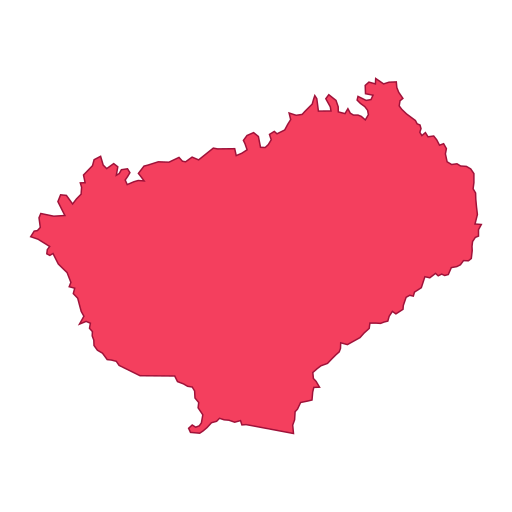 São Martinho da Serra, Rio Grande do Sul, Brazil
{"feature_id": "56859067B1890205417469", "entity_name": "São Martinho da Serra", "entity_type": "district", "adm_level": 2, "iso_a3": "BRA", "parent_name": "Brazil", "parent_adm1": "Rio Grande do Sul", "projection": "natural_earth1", "projection_center": [-53.88, -29.477], "detail": "fine", "context": "isolated", "style": "filled", "palette": "rose", "viewbox_px": 512, "rotation_deg": 0, "n_neighbors": 0, "source": "geoboundaries", "source_scale": "gbopen_adm2", "svg_char_len": 3294}
<svg xmlns="http://www.w3.org/2000/svg" viewBox="0 0 512 512"><path d="M478.5,236.1L478.5,229.7L481.3,224.5L475.0,224.0L477.4,214.5L476.5,206.9L475.8,199.4L475.6,193.0L473.1,188.8L473.9,182.7L473.9,173.6L470.7,168.9L466.4,166.4L460.6,166.0L457.0,163.8L451.6,164.5L447.1,161.8L445.4,153.9L446.4,148.6L443.6,143.7L439.5,145.2L436.7,139.8L433.7,136.0L428.0,136.8L425.4,132.6L421.9,135.6L419.8,132.3L421.0,128.6L420.0,125.0L417.1,123.8L415.4,120.5L406.5,113.9L401.7,109.3L399.2,105.9L400.0,100.8L402.9,98.4L398.7,92.3L396.8,87.5L396.3,81.9L389.0,82.2L383.6,83.9L375.7,78.5L375.4,83.9L368.9,82.1L365.2,85.4L365.5,93.7L373.0,95.2L371.0,99.6L366.1,100.4L358.0,96.4L357.1,100.1L360.4,103.4L364.8,106.6L367.6,110.3L368.4,114.7L365.3,119.9L361.3,116.4L358.1,115.1L353.5,115.1L350.3,113.2L347.9,108.7L345.0,113.6L338.3,111.9L338.2,106.8L336.0,100.4L328.8,94.7L325.8,98.7L330.3,106.8L331.0,111.0L327.2,111.0L318.4,111.1L316.8,98.7L314.8,95.6L313.6,99.2L312.2,104.1L304.8,111.5L302.2,114.4L296.2,115.3L289.1,113.0L290.7,119.6L287.8,124.2L284.7,130.0L277.0,133.8L274.3,131.4L269.5,134.4L271.2,139.8L268.3,144.6L265.2,147.5L260.5,147.3L258.4,136.5L253.6,132.6L247.0,135.5L243.4,140.4L245.0,143.7L247.1,149.8L241.7,153.3L236.2,155.6L234.7,148.7L217.6,148.9L213.3,148.1L198.6,159.9L192.1,157.1L185.6,161.8L182.4,161.2L179.0,157.4L168.9,162.2L158.3,161.8L147.9,165.1L144.0,166.1L138.4,173.4L140.7,176.3L144.1,180.9L138.2,180.5L134.0,181.7L127.2,184.6L125.2,180.0L127.5,176.7L129.9,172.7L127.5,168.8L121.4,169.7L119.2,173.6L116.3,175.3L117.8,166.8L113.7,163.6L106.7,168.6L103.2,165.1L100.6,156.3L94.1,159.7L92.5,165.7L83.5,175.0L85.1,182.7L80.3,182.9L81.6,187.3L81.1,194.2L76.5,198.9L72.6,204.0L66.4,195.4L60.6,194.8L57.9,201.6L62.5,210.8L64.9,215.5L53.8,216.2L40.8,213.5L39.0,217.8L40.3,227.4L37.4,230.6L34.2,231.1L30.7,236.7L38.0,239.2L49.7,246.5L47.3,249.6L46.8,253.8L49.8,255.4L53.0,253.5L58.3,264.0L63.9,269.5L67.1,272.6L70.9,282.4L69.2,286.7L74.7,288.2L73.3,293.6L77.7,298.2L81.2,311.4L83.9,316.2L81.7,320.2L79.5,324.1L86.1,321.4L90.4,323.2L89.5,328.3L92.4,331.6L92.2,335.9L93.8,340.1L94.0,345.5L97.4,350.2L102.5,353.2L107.2,359.6L111.2,360.0L116.3,361.3L119.1,365.4L140.0,375.7L174.7,376.0L177.5,381.6L183.5,383.9L187.6,386.3L192.2,387.0L194.6,390.9L195.0,398.0L198.7,402.5L198.1,407.8L202.8,414.8L201.4,422.9L199.3,425.8L195.7,427.2L192.2,425.0L188.6,428.3L190.5,432.4L194.0,432.7L199.7,433.2L203.0,431.0L207.0,427.6L211.5,422.7L216.6,421.3L219.5,418.3L224.1,419.8L228.9,420.2L234.7,422.2L240.5,420.6L241.9,424.9L246.1,424.6L250.5,425.4L293.5,433.5L292.7,425.1L294.6,419.8L295.1,411.7L297.5,409.1L300.6,402.5L307.9,401.0L312.0,400.0L312.7,392.0L313.8,387.4L319.5,387.2L316.1,381.4L313.4,378.5L312.8,372.5L317.1,368.7L320.9,365.8L327.5,363.4L332.0,358.7L335.9,354.8L339.2,351.9L340.5,348.4L340.7,342.8L347.4,344.6L360.0,337.6L364.1,333.0L369.2,328.4L369.9,323.1L376.1,323.1L380.5,323.4L384.2,322.0L387.8,321.1L389.2,316.2L392.4,311.4L395.9,313.9L403.0,309.3L403.3,305.5L406.1,297.3L409.7,295.3L413.3,296.1L414.5,292.1L421.3,287.7L424.9,276.7L429.8,277.8L435.5,273.4L438.2,275.8L441.7,274.1L444.7,275.5L448.3,274.5L451.3,267.6L456.8,266.6L460.4,264.8L463.5,260.6L468.4,260.8L471.3,258.5L472.2,250.6L472.0,246.3L472.6,241.5L475.3,237.4L478.5,236.1Z" fill="#f43f5e" stroke="#9f1239" stroke-width="1.5"/></svg>